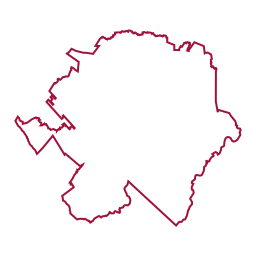 Cadereyta Jiménez, Nuevo León, Mexico (Natural Earth projection)
{"feature_id": "50627088B63245516345576", "entity_name": "Cadereyta Jiménez", "entity_type": "district", "adm_level": 2, "iso_a3": "MEX", "parent_name": "Mexico", "parent_adm1": "Nuevo León", "projection": "natural_earth1", "projection_center": [-99.908, 25.517], "detail": "fine", "context": "isolated", "style": "outline", "palette": "rose", "viewbox_px": 256, "rotation_deg": 0, "n_neighbors": 0, "source": "geoboundaries", "source_scale": "gbopen_adm2", "svg_char_len": 5716}
<svg xmlns="http://www.w3.org/2000/svg" viewBox="0 0 256 256"><path d="M195.4,176.0L195.8,175.3L196.5,175.0L200.1,175.6L201.2,175.3L202.3,174.5L202.7,172.9L203.9,170.9L203.8,170.3L204.2,168.2L204.0,167.2L204.7,166.4L205.3,166.2L207.1,163.1L207.2,162.5L206.4,163.1L206.5,161.7L206.3,161.1L206.9,160.9L207.2,161.3L208.9,161.5L209.5,161.0L209.7,160.0L210.5,158.6L211.7,157.1L213.4,156.1L213.6,155.6L212.4,154.1L213.2,153.8L213.5,153.2L215.5,152.1L217.0,152.7L217.9,154.6L219.7,153.3L221.1,149.4L221.2,147.6L222.0,146.9L223.5,146.4L224.1,145.7L224.5,141.4L225.5,138.6L226.0,137.9L227.3,137.1L228.9,137.1L230.6,138.1L232.3,141.0L233.9,141.6L235.6,141.0L237.5,139.5L240.2,135.2L240.3,134.4L239.6,132.7L240.6,130.0L240.0,128.6L238.1,128.4L237.2,127.8L236.8,127.0L237.2,125.6L235.8,125.1L236.0,123.4L235.2,121.1L230.9,115.9L229.3,113.1L218.4,109.9L217.7,112.1L215.8,101.3L215.9,71.5L216.5,69.0L216.0,68.7L216.0,68.2L215.3,68.0L214.8,68.2L214.9,68.9L214.4,68.7L213.5,67.8L213.3,67.1L213.3,66.5L212.4,66.6L211.8,67.1L211.1,66.5L211.5,65.3L211.0,64.3L211.2,63.7L210.9,63.4L211.3,62.9L211.0,62.7L211.2,61.8L210.9,61.2L211.1,60.3L210.9,59.7L211.7,59.2L211.9,58.6L211.5,57.5L211.5,56.5L210.9,54.3L209.9,54.0L209.0,53.2L207.6,52.6L206.7,52.9L205.4,52.6L204.7,53.2L203.8,46.1L194.4,42.3L188.5,50.6L188.6,50.9L187.3,50.7L187.6,48.9L187.8,48.2L188.6,47.7L188.9,46.0L189.9,45.0L190.1,44.0L189.8,43.7L189.9,43.4L189.0,43.4L189.1,42.5L187.6,42.2L187.1,42.5L186.1,42.4L186.1,43.2L184.5,42.9L183.9,43.2L183.9,43.6L184.2,43.6L183.7,43.9L181.9,46.9L180.7,46.1L179.2,48.8L179.2,50.1L174.3,50.0L174.3,45.0L167.2,42.2L167.3,37.9L166.4,37.6L166.5,37.1L165.9,36.3L165.9,35.8L163.9,35.4L163.2,36.1L163.1,35.8L162.8,36.1L162.2,36.1L162.2,35.8L161.0,35.9L160.0,35.3L159.8,35.6L158.5,35.8L158.1,35.7L158.2,35.4L157.8,35.9L157.5,35.7L157.0,36.0L156.0,35.9L155.8,36.2L154.7,35.4L154.6,34.9L154.2,34.8L153.6,34.0L152.8,33.8L152.9,33.2L152.1,33.3L151.8,33.7L151.3,32.9L150.5,32.6L148.6,32.5L147.6,32.2L147.4,32.8L146.8,32.8L145.2,32.6L144.6,32.1L143.0,32.1L142.6,32.4L143.0,33.1L142.6,34.3L142.1,34.1L141.3,34.8L140.7,34.6L139.6,35.1L138.8,34.5L137.9,35.0L137.7,34.8L137.7,34.2L136.5,33.8L136.2,33.1L135.4,32.5L134.9,32.5L134.5,33.1L133.7,33.5L132.8,32.7L132.5,32.7L132.5,31.9L132.0,31.4L131.5,31.6L130.3,30.6L128.7,30.5L128.1,30.8L128.0,31.7L126.4,30.9L125.4,31.5L124.8,31.3L124.0,31.8L122.3,31.2L121.9,31.3L121.4,32.2L120.3,31.6L120.7,32.2L120.2,32.8L118.9,32.3L115.1,32.6L115.3,33.1L115.2,34.3L114.7,34.2L114.4,34.9L114.6,35.4L114.4,35.1L113.9,35.3L113.2,35.1L113.0,35.5L113.2,36.7L112.6,37.3L111.8,37.1L110.9,37.4L110.7,37.7L111.0,37.9L110.4,38.7L108.7,38.9L108.3,38.6L107.4,39.4L107.1,38.9L106.5,39.2L105.8,39.0L104.8,38.1L104.9,37.9L103.2,37.3L102.9,36.8L102.4,36.9L102.2,37.5L101.7,37.3L99.8,39.0L95.5,45.9L98.9,46.0L93.0,53.9L86.5,52.8L83.6,52.8L75.9,50.9L71.6,48.8L67.7,53.7L67.2,53.3L66.9,53.6L78.7,61.9L77.8,71.5L75.3,69.9L73.2,68.0L71.5,67.2L71.0,68.2L71.4,70.1L70.5,70.8L68.4,76.3L67.4,76.6L65.7,76.4L64.1,77.1L63.1,77.0L60.4,79.8L59.7,79.7L58.9,78.8L57.9,78.8L57.6,79.4L57.9,80.9L57.5,81.8L56.3,82.8L54.9,82.9L54.8,83.6L54.1,83.5L49.4,91.1L55.8,98.1L55.1,98.8L52.1,95.4L50.6,97.1L52.4,99.1L50.6,101.2L53.3,104.2L52.8,104.7L48.3,99.8L46.5,101.9L61.8,118.9L63.7,116.9L62.8,115.9L63.3,115.4L74.7,128.0L74.2,128.6L71.8,125.9L70.1,128.1L69.7,127.7L69.4,128.0L70.0,128.8L69.4,129.2L66.6,126.1L65.9,126.1L66.0,125.4L64.2,123.4L62.4,124.7L63.6,125.9L61.9,127.6L60.0,127.5L60.2,129.1L59.4,129.1L59.2,129.5L58.6,129.2L58.4,129.7L57.6,129.9L56.9,130.9L56.9,130.3L55.2,130.0L53.6,129.0L50.6,129.9L49.8,128.6L48.2,128.4L48.0,127.1L46.2,124.1L45.2,124.6L44.5,123.5L42.2,125.4L40.7,125.4L41.4,124.3L41.1,122.6L39.9,122.2L38.7,120.6L39.9,119.9L38.7,119.0L39.0,118.3L37.0,117.9L36.5,118.3L35.8,117.4L32.0,119.2L27.1,122.8L22.8,123.8L22.7,121.7L21.3,121.3L19.7,120.4L19.5,119.1L18.8,117.8L17.8,116.7L15.4,120.9L18.1,125.9L19.6,127.0L21.3,129.1L22.0,130.5L23.5,131.8L26.6,136.5L27.1,137.1L26.9,138.0L27.9,139.0L28.3,141.2L29.0,141.9L29.5,143.7L30.6,145.2L31.8,146.1L33.1,148.1L35.1,150.1L37.0,153.9L43.1,147.5L52.8,135.7L64.6,154.7L65.3,153.7L68.1,156.0L68.4,156.0L68.9,156.7L80.0,166.1L82.8,164.5L82.4,165.4L81.8,165.7L81.3,166.8L80.8,166.8L80.3,167.5L79.3,169.1L78.9,169.0L78.1,169.6L77.8,170.2L77.3,170.0L77.5,171.0L76.8,171.5L76.9,172.2L76.2,172.0L76.1,173.0L74.1,175.4L72.6,178.6L69.7,182.7L71.1,183.0L70.7,184.6L71.1,184.7L72.1,184.4L73.7,187.0L73.7,187.3L62.2,195.9L62.7,197.6L63.0,200.5L65.2,201.7L66.8,204.1L68.5,205.3L69.4,207.0L69.8,208.5L69.8,210.3L70.4,211.9L70.3,213.4L77.0,219.4L80.4,218.7L82.5,219.0L83.1,218.8L83.8,219.3L85.3,218.9L86.9,220.1L88.5,220.6L88.4,221.0L88.8,221.3L89.5,221.3L90.3,222.6L90.9,222.3L90.8,221.7L91.9,221.5L92.7,221.1L94.5,218.5L98.7,216.1L99.5,216.1L100.7,217.3L101.2,217.4L102.5,216.3L104.5,216.1L105.9,215.6L106.4,216.0L108.5,214.3L109.6,212.1L110.5,212.5L111.1,213.3L113.1,213.4L113.9,213.1L114.7,211.3L115.4,211.2L116.7,211.7L117.3,212.3L118.1,212.1L118.9,212.7L119.6,212.8L120.1,211.9L119.9,210.7L119.3,209.5L119.8,208.1L120.5,208.3L121.8,207.5L122.8,207.5L123.3,207.1L123.7,206.0L124.6,205.3L125.9,205.1L127.9,205.4L129.6,203.8L129.9,203.1L130.3,200.4L130.1,198.9L129.6,198.2L129.6,197.7L129.0,196.7L127.1,195.7L126.4,193.3L124.9,190.5L124.4,188.8L124.8,187.6L127.4,184.8L128.3,181.3L176.1,225.5L178.7,222.4L179.8,221.8L181.6,221.9L183.4,219.6L184.8,219.5L185.2,219.2L185.8,218.4L185.9,217.4L186.7,216.3L188.2,210.2L189.0,209.3L189.5,207.3L192.1,204.0L192.0,202.0L190.2,198.9L190.3,198.3L193.4,193.5L193.7,192.7L193.2,190.2L192.0,189.6L191.7,187.7L191.8,186.9L193.3,183.8L192.3,183.5L191.8,182.9L192.1,181.5L193.1,180.6L194.3,179.9L194.8,179.3L195.4,176.0Z" fill="none" stroke="#9f1239" stroke-width="2"/></svg>